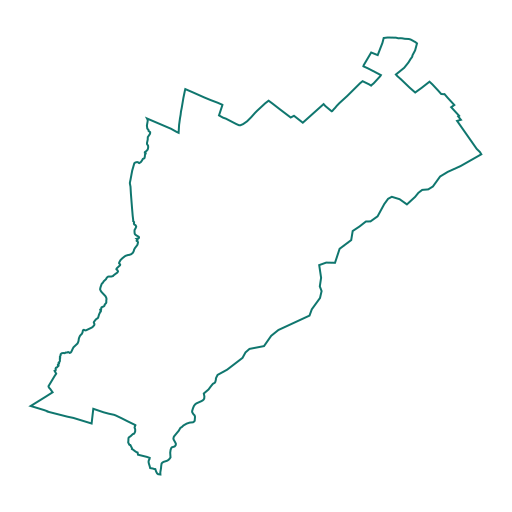 Totesti, Hunedoara, Romania (Natural Earth projection)
{"feature_id": "2599482B81892486754404", "entity_name": "Totesti", "entity_type": "district", "adm_level": 2, "iso_a3": "ROU", "parent_name": "Romania", "parent_adm1": "Hunedoara", "projection": "natural_earth1", "projection_center": [22.867, 45.565], "detail": "fine", "context": "isolated", "style": "outline", "palette": "teal", "viewbox_px": 512, "rotation_deg": 0, "n_neighbors": 0, "source": "geoboundaries", "source_scale": "gbopen_adm2", "svg_char_len": 5953}
<svg xmlns="http://www.w3.org/2000/svg" viewBox="0 0 512 512"><path d="M398.4,38.3L396.0,37.7L387.7,37.5L383.7,38.0L382.4,43.0L377.7,55.1L371.2,52.5L363.7,65.2L363.4,66.3L367.8,68.3L380.9,75.1L380.3,76.1L375.0,81.9L373.5,83.5L372.2,84.5L371.1,85.6L369.0,84.3L362.6,81.2L360.1,83.2L347.2,96.0L339.3,103.2L336.8,105.8L335.0,108.0L333.9,109.1L332.2,111.1L331.7,111.3L330.2,110.1L325.3,106.0L323.6,104.1L302.8,122.7L294.0,115.8L290.7,117.5L280.0,109.4L272.4,103.5L268.6,100.7L265.2,103.3L257.2,110.7L255.1,112.8L251.2,117.2L247.1,121.3L243.1,124.1L240.3,125.3L238.9,125.2L236.2,124.0L225.8,118.6L223.1,117.7L219.0,115.4L222.0,106.3L222.3,105.4L222.4,104.8L217.6,102.7L210.7,100.1L204.4,97.5L192.5,92.2L185.3,89.1L184.8,91.1L183.4,97.9L181.7,108.0L181.0,111.4L180.6,114.8L180.0,118.2L179.1,124.8L178.6,132.8L176.6,131.9L171.1,128.8L147.0,118.5L147.6,119.7L147.7,120.9L146.9,125.6L147.3,128.6L148.4,129.8L148.6,131.0L150.1,132.1L150.2,132.9L149.9,134.0L147.8,137.1L147.7,139.7L147.0,142.9L147.0,144.0L147.4,144.7L148.0,145.5L148.1,146.0L148.2,147.1L147.9,148.9L147.5,149.8L146.4,151.0L144.9,152.1L144.8,152.8L145.1,153.1L145.7,153.3L145.7,153.6L145.0,154.6L144.8,156.7L144.5,158.0L144.1,158.4L142.9,158.9L142.5,159.5L142.2,160.2L141.0,161.9L139.3,163.1L138.7,162.9L138.2,162.4L137.8,162.2L137.1,162.1L136.0,162.3L135.0,162.7L134.3,163.3L132.2,170.6L130.5,179.7L129.9,182.6L129.9,183.6L130.5,186.7L130.9,193.6L132.0,207.7L132.7,215.9L133.2,220.0L133.2,221.2L133.4,221.3L133.7,221.6L134.1,222.2L134.0,223.2L133.9,223.6L134.2,224.4L135.5,225.2L135.8,225.6L136.2,226.7L135.5,228.4L134.6,229.9L134.5,231.1L134.6,233.1L134.8,233.9L135.1,234.4L136.2,235.3L138.6,236.7L139.0,237.2L139.0,237.5L138.8,238.1L138.2,238.5L136.7,238.8L137.5,239.5L137.5,239.8L136.7,240.5L136.6,240.8L136.7,241.0L137.6,241.4L138.0,242.3L137.5,244.6L137.1,245.3L135.0,248.0L134.1,249.6L133.8,250.9L133.0,252.6L132.5,253.1L131.2,254.2L129.2,254.9L128.1,255.0L125.9,255.7L124.8,256.3L122.3,258.3L120.5,260.1L119.4,262.1L119.1,262.9L119.1,263.3L120.0,264.3L120.2,264.8L120.0,265.3L117.0,268.1L116.5,268.7L116.4,269.3L117.5,270.3L118.0,271.3L117.8,271.8L117.3,272.6L115.2,274.1L113.4,275.5L113.2,275.9L112.8,276.1L111.4,276.5L108.8,276.5L108.0,276.7L107.3,277.2L106.4,278.3L106.0,279.2L103.7,281.3L102.9,282.7L102.1,283.4L101.6,284.1L100.5,287.3L100.1,289.2L100.3,289.9L101.0,291.3L101.8,292.3L105.4,296.1L106.1,297.4L106.4,298.3L106.5,299.1L106.3,300.4L106.3,302.4L106.1,303.0L104.7,304.6L104.5,305.6L104.0,306.2L103.5,306.5L101.7,307.2L101.4,307.5L101.3,308.4L101.2,309.1L100.2,309.6L100.2,309.9L100.3,310.0L100.9,310.4L101.0,310.8L100.9,311.2L100.6,311.8L100.0,312.2L99.7,313.2L99.1,314.3L98.3,317.1L97.9,318.0L96.0,319.3L95.0,320.5L93.9,322.0L93.8,322.6L94.4,323.9L94.4,324.5L94.2,325.2L92.8,326.8L91.9,327.5L86.3,330.2L85.5,330.4L84.9,330.3L84.1,329.9L83.5,329.9L83.1,330.2L82.8,330.8L82.6,332.2L81.9,333.8L80.7,335.0L79.9,336.0L79.5,336.9L78.9,338.4L78.5,341.0L78.0,342.5L77.5,343.4L77.5,343.5L73.5,347.3L72.8,348.6L71.3,351.8L70.7,352.5L70.1,352.8L69.5,352.9L69.3,352.6L68.5,352.1L67.9,352.1L67.2,352.5L66.3,352.5L65.5,352.6L64.9,353.1L64.5,353.2L63.5,353.0L62.8,353.1L62.3,353.1L61.5,353.4L60.7,354.2L60.5,355.1L60.6,355.5L60.0,356.5L59.9,356.8L60.2,357.3L59.8,358.1L60.1,358.7L59.8,359.5L59.9,360.0L59.9,361.0L59.6,361.7L58.6,362.6L58.6,362.8L59.1,363.2L59.0,363.7L57.9,364.6L57.8,364.9L57.9,365.3L58.5,365.7L58.4,366.0L57.6,366.6L57.1,367.3L56.0,367.7L55.6,368.5L55.6,369.0L55.8,369.7L55.6,370.4L54.6,370.9L56.2,373.7L54.5,376.2L48.5,386.2L48.6,386.8L49.2,387.9L50.1,388.8L52.6,392.3L45.7,396.7L30.7,406.0L44.2,410.1L47.5,411.3L47.5,411.6L67.5,416.7L73.3,417.9L91.6,423.5L93.3,408.8L103.6,412.3L108.8,413.7L114.0,414.8L115.6,415.4L121.5,418.2L127.4,421.2L135.4,425.1L135.4,425.4L135.0,425.7L135.0,426.4L134.6,427.2L134.6,427.8L135.0,428.6L135.2,429.6L135.2,431.2L134.9,432.2L134.2,433.5L133.9,433.8L132.8,434.1L130.7,436.1L129.0,437.3L128.7,437.6L128.5,438.2L128.4,439.4L128.4,440.3L128.3,441.2L128.2,442.4L128.5,443.1L128.9,443.8L129.2,444.6L130.1,445.2L130.4,445.1L132.0,448.3L131.9,449.0L133.3,449.8L134.6,450.9L136.4,452.1L137.6,452.5L138.0,454.7L146.9,456.9L149.7,457.9L149.5,459.1L149.0,459.9L148.6,461.1L148.6,462.3L148.9,463.6L149.6,465.9L150.2,468.1L152.7,468.5L154.2,469.0L155.3,469.1L156.1,471.5L157.1,473.4L158.1,474.2L160.4,474.5L160.3,472.4L161.0,468.3L161.2,465.9L161.6,463.5L162.3,462.7L163.5,461.9L167.0,460.8L168.5,459.9L169.7,458.6L170.5,457.4L170.2,452.7L170.6,449.8L171.3,448.0L171.9,447.3L174.6,446.5L175.0,446.1L175.7,445.1L175.9,443.9L175.4,442.7L173.6,439.5L173.4,438.4L173.9,436.6L176.1,433.9L178.7,430.8L180.4,427.9L182.0,426.9L183.4,425.5L186.7,423.6L189.7,422.6L193.0,422.3L193.8,421.8L194.7,420.8L195.0,416.8L194.6,415.4L193.5,414.3L192.7,413.1L192.1,411.9L192.2,410.8L193.0,408.2L193.9,406.0L195.1,404.4L196.4,403.4L201.5,401.1L202.7,400.4L203.6,399.6L204.2,398.6L204.4,396.5L203.8,393.5L208.5,389.5L210.8,386.4L212.9,383.8L214.6,382.9L215.0,382.4L215.3,381.9L215.9,379.6L215.9,378.5L216.2,377.7L217.6,374.9L227.1,369.7L242.5,357.9L245.5,352.4L249.5,348.9L264.0,346.1L271.2,335.8L278.4,330.0L309.5,315.6L311.8,309.3L320.0,298.0L321.6,291.1L319.8,286.4L321.1,277.8L319.2,265.1L326.2,262.6L335.0,262.8L339.6,248.8L351.2,240.1L352.7,231.0L359.5,226.5L365.9,221.5L370.5,221.4L377.6,216.3L384.3,204.0L388.1,198.8L391.8,196.8L399.6,199.2L406.9,204.4L415.1,196.9L418.4,192.8L422.2,189.9L428.2,189.4L432.9,186.5L440.1,176.5L447.7,171.9L460.7,166.0L481.3,154.3L479.9,152.0L476.7,148.9L457.1,120.9L460.9,119.8L458.2,116.4L459.1,115.8L451.2,107.2L454.3,105.0L447.5,97.6L444.5,94.1L443.6,94.2L441.2,94.0L438.1,90.5L432.4,84.4L429.5,81.7L421.7,87.8L415.2,92.5L409.8,87.8L401.6,79.9L397.3,76.1L395.9,74.5L404.2,67.8L408.5,62.4L410.5,59.1L412.0,57.1L412.3,56.4L412.4,55.6L412.7,54.9L415.1,50.4L417.0,43.4L415.1,41.9L414.2,41.5L413.2,40.9L411.0,39.7L410.3,39.4L408.8,39.0L404.8,38.8L402.1,38.3L400.1,38.2L398.4,38.3Z" fill="none" stroke="#0f766e" stroke-width="2"/></svg>